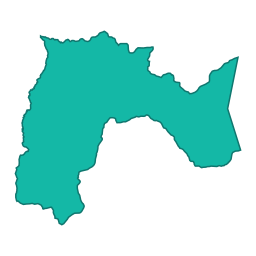 the district of Puracé (Coconuco), Cauca, Colombia
{"feature_id": "7082276B15347498266609", "entity_name": "Puracé (Coconuco)", "entity_type": "district", "adm_level": 2, "iso_a3": "COL", "parent_name": "Colombia", "parent_adm1": "Cauca", "projection": "natural_earth1", "projection_center": [-76.434, 2.262], "detail": "fine", "context": "isolated", "style": "filled", "palette": "teal", "viewbox_px": 256, "rotation_deg": 0, "n_neighbors": 0, "source": "geoboundaries", "source_scale": "gbopen_adm2", "svg_char_len": 5613}
<svg xmlns="http://www.w3.org/2000/svg" viewBox="0 0 256 256"><path d="M117.0,122.7L120.7,122.6L123.2,121.8L125.6,121.8L129.6,119.8L131.1,118.5L135.1,117.2L136.2,116.4L138.9,116.9L140.9,116.2L144.0,116.3L145.3,115.9L146.2,115.1L146.8,114.9L148.7,115.6L150.8,118.4L152.9,119.6L154.0,120.5L155.5,120.7L156.1,120.4L159.9,121.9L160.6,122.5L161.5,123.5L163.6,127.8L165.8,128.5L167.9,131.6L171.1,135.0L172.6,135.5L174.2,136.9L174.4,137.6L174.3,139.1L174.6,139.9L176.0,141.9L178.4,146.3L179.5,147.5L179.9,148.3L181.6,148.7L183.1,149.5L184.4,151.2L186.5,153.3L187.2,154.2L187.7,155.6L188.9,157.0L189.8,160.4L190.9,161.3L192.9,161.4L193.5,161.8L194.1,163.0L194.3,164.4L195.1,165.9L195.6,166.1L198.6,166.0L199.5,166.3L201.4,167.6L202.0,167.6L202.8,167.3L205.9,167.1L207.4,166.6L209.7,166.5L211.0,166.1L216.9,166.5L219.1,165.6L221.0,166.1L221.7,166.1L222.9,165.6L223.9,165.7L224.9,164.8L226.4,164.4L228.1,163.0L228.5,162.2L229.3,161.8L230.9,159.5L231.1,158.9L231.8,154.7L232.2,153.3L232.8,152.4L235.4,151.1L238.3,150.9L240.6,150.1L227.6,108.7L238.0,57.3L234.6,58.4L232.0,59.8L230.1,60.4L229.5,60.8L228.9,61.9L228.1,62.6L225.2,63.4L224.3,63.9L221.2,67.7L217.9,70.0L216.4,70.4L214.4,70.5L212.3,71.2L210.2,74.1L209.5,75.9L209.5,80.6L209.3,81.7L208.5,82.4L206.3,83.7L205.8,84.1L200.3,86.5L198.9,88.0L198.3,89.2L196.9,90.9L195.2,92.2L191.9,93.5L189.6,93.7L188.3,92.0L186.5,91.6L184.6,90.8L183.3,89.4L180.4,87.0L179.7,86.0L179.8,83.2L179.5,82.6L176.2,82.2L175.1,81.8L173.7,80.6L173.9,78.5L173.4,75.8L172.6,74.9L171.6,74.9L170.7,73.6L170.2,73.3L168.6,73.2L167.3,73.5L166.1,74.2L163.4,74.9L161.2,77.5L158.0,76.4L156.4,76.1L154.6,74.7L152.0,74.2L151.1,73.8L150.4,73.3L149.8,71.9L148.1,70.7L147.6,69.7L147.8,69.2L147.8,67.3L147.9,66.6L149.0,66.0L149.2,65.4L149.2,63.0L149.5,61.4L148.7,61.3L147.8,60.5L147.6,59.9L147.7,59.3L149.6,56.0L149.8,53.0L152.3,50.5L153.0,49.4L153.1,48.4L153.0,47.1L151.9,47.0L150.2,47.5L147.0,47.5L143.4,48.0L138.0,47.8L136.2,49.3L134.5,51.8L133.6,52.5L132.5,53.0L130.0,52.9L129.2,52.3L128.4,50.0L128.1,45.1L126.8,43.6L120.6,43.6L119.9,43.9L118.5,45.3L118.0,44.4L115.9,42.2L115.1,39.3L114.4,38.4L113.0,38.0L111.7,37.0L109.0,36.9L108.5,36.5L107.6,33.7L106.7,32.9L106.2,32.8L105.7,32.1L104.2,31.3L103.1,31.9L100.0,32.9L99.0,33.8L98.6,34.7L97.5,35.7L95.4,37.0L93.4,37.0L92.0,37.2L91.1,38.1L90.4,39.8L89.8,40.5L88.6,41.3L87.6,41.5L85.1,41.0L82.7,38.9L82.0,38.7L80.5,39.1L80.0,39.5L79.4,40.5L78.7,40.9L76.6,41.3L75.1,41.3L73.9,40.6L72.4,40.5L71.8,40.6L70.6,41.5L70.0,41.5L68.4,39.6L67.7,39.4L67.1,39.9L66.2,39.9L63.9,42.2L62.9,42.9L62.2,42.8L61.7,42.4L61.4,42.5L61.2,42.2L60.4,42.7L59.7,41.6L59.0,41.5L58.1,40.5L58.1,40.0L57.4,39.6L55.8,39.7L55.2,39.5L54.9,39.9L53.8,39.3L53.3,38.6L52.9,38.5L51.7,38.6L51.1,39.3L49.7,39.3L48.5,38.2L46.1,37.6L45.7,37.1L45.1,36.9L44.5,37.2L44.1,36.9L43.6,37.0L43.2,36.7L41.4,36.5L40.6,36.0L40.6,37.5L41.3,37.9L42.8,39.8L44.2,40.6L44.5,41.0L44.7,41.8L44.5,43.1L44.9,45.7L45.6,47.0L45.7,47.6L46.3,48.9L47.3,50.3L47.4,51.2L47.7,51.6L48.1,53.1L47.9,54.7L47.5,55.6L47.9,57.1L46.8,58.6L46.2,60.7L45.8,63.4L46.4,64.1L45.2,67.2L44.9,68.7L44.3,70.1L43.5,70.5L43.5,71.2L42.5,72.4L41.8,73.7L40.8,74.5L40.8,75.2L40.3,75.7L40.5,77.2L39.8,78.2L38.4,78.7L37.0,79.8L36.9,80.1L37.7,82.0L37.0,82.4L36.7,83.8L35.1,85.2L34.8,86.6L33.9,87.3L34.2,88.5L33.5,89.0L32.3,89.1L32.0,90.2L30.6,90.0L30.3,90.8L29.1,92.2L29.2,93.0L29.8,93.6L29.9,95.1L29.7,95.6L29.3,95.4L29.0,95.7L28.5,97.6L29.4,98.9L29.5,99.6L30.3,101.2L30.3,101.9L31.2,103.2L30.5,105.1L30.7,108.4L30.2,109.5L29.2,110.3L28.3,109.9L27.9,110.2L27.3,110.0L26.8,110.3L27.2,111.1L27.1,111.5L26.8,111.8L26.4,111.8L25.9,113.4L25.2,114.3L24.4,114.5L24.4,115.2L23.9,115.7L24.3,116.0L24.5,116.6L23.2,117.5L23.6,118.6L22.9,119.8L22.5,121.0L22.5,122.4L22.2,122.5L22.0,123.1L22.3,123.8L22.4,126.2L22.8,126.7L23.3,128.4L23.2,129.0L22.7,128.1L22.2,129.1L22.4,129.9L22.3,131.4L23.6,132.9L23.6,133.5L23.2,134.1L23.1,135.4L24.0,136.9L23.9,137.2L23.4,137.4L23.3,137.8L23.6,140.0L23.4,140.9L23.7,141.8L22.4,142.8L22.3,143.5L23.1,145.7L24.3,146.7L26.3,147.1L28.2,148.8L28.7,149.7L28.2,150.6L28.1,151.4L27.7,151.5L27.1,151.3L26.0,151.8L25.0,152.8L24.6,153.6L23.2,154.9L21.5,155.3L20.7,155.1L20.4,155.3L19.8,156.6L19.4,158.6L19.1,159.2L19.3,163.2L19.1,164.1L19.2,165.3L18.1,166.6L16.2,168.0L16.8,169.5L15.4,173.6L16.4,176.1L16.7,177.2L17.5,178.6L17.4,179.2L16.9,179.8L16.3,182.0L15.9,182.8L15.9,183.8L16.5,185.3L17.1,188.5L16.9,188.9L16.9,190.7L16.5,192.2L16.6,192.8L15.9,193.9L15.8,194.7L15.8,197.4L16.5,200.5L17.0,201.3L17.4,201.0L18.1,201.1L20.4,203.1L23.4,204.4L26.2,204.0L29.7,203.8L32.2,203.4L34.6,204.2L38.0,203.6L41.1,205.1L42.6,207.4L42.8,208.7L43.3,209.0L43.8,209.0L44.0,208.6L46.6,208.3L50.8,207.2L51.5,207.3L53.1,209.7L53.5,210.7L53.3,212.1L53.4,212.8L53.7,213.8L54.9,216.3L55.0,218.2L57.2,218.7L58.1,219.2L59.3,223.4L60.6,223.9L61.2,224.4L61.8,224.7L63.7,223.7L67.3,219.3L68.5,217.3L71.7,214.9L74.6,213.2L79.5,213.0L80.6,212.5L81.7,211.3L83.6,208.0L84.1,206.5L84.1,205.8L83.3,203.9L82.8,203.6L81.7,202.2L80.7,200.1L79.7,195.3L78.3,193.1L77.3,188.2L77.3,185.7L77.6,185.1L79.3,183.4L80.2,181.9L79.9,180.8L78.1,179.0L77.6,178.1L78.4,177.1L78.0,175.9L78.7,174.6L78.9,172.5L79.2,172.0L81.0,171.1L87.7,169.5L89.2,168.3L92.0,166.8L93.3,165.7L94.2,164.6L95.0,162.8L95.3,160.6L95.4,159.0L96.5,154.8L96.4,153.4L97.1,152.0L97.6,150.0L97.9,148.0L97.9,146.4L99.1,144.1L102.2,139.7L102.2,138.2L101.1,137.4L101.1,136.6L101.5,135.2L102.1,134.3L102.7,128.8L103.2,128.0L103.8,127.6L104.0,125.0L104.5,123.7L104.8,123.3L106.7,122.3L108.5,119.6L110.2,117.7L112.9,117.7L114.6,118.1L115.5,118.7L115.9,120.4L117.0,122.7Z" fill="#14b8a6" stroke="#0f766e" stroke-width="1.5"/></svg>